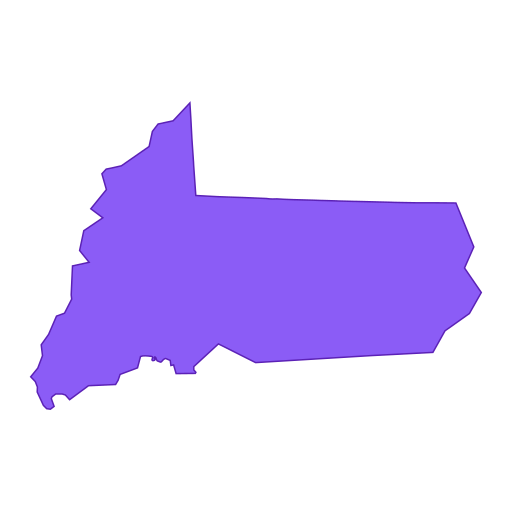 outline of Wicomico, Maryland, United States of America
{"feature_id": "52423323B57942162225750", "entity_name": "Wicomico", "entity_type": "district", "adm_level": 2, "iso_a3": "USA", "parent_name": "United States of America", "parent_adm1": "Maryland", "projection": "natural_earth1", "projection_center": [-75.697, 38.394], "detail": "fine", "context": "isolated", "style": "filled", "palette": "violet", "viewbox_px": 512, "rotation_deg": 0, "n_neighbors": 0, "source": "geoboundaries", "source_scale": "gbopen_adm2", "svg_char_len": 1520}
<svg xmlns="http://www.w3.org/2000/svg" viewBox="0 0 512 512"><path d="M255.6,362.6L371.0,355.6L432.9,352.4L445.0,330.8L469.4,313.5L481.3,292.5L464.5,268.0L473.8,246.9L455.9,203.0L445.1,202.9L433.8,202.8L417.2,202.8L416.3,202.8L404.4,202.6L394.1,202.4L391.4,202.3L355.3,201.4L354.0,201.4L338.6,201.0L336.5,200.9L322.9,200.5L321.9,200.5L313.7,200.2L295.0,199.7L294.4,199.7L284.0,199.3L277.0,198.9L272.7,199.0L270.0,198.9L266.3,198.5L242.4,197.5L229.5,197.1L218.5,196.7L216.4,196.6L195.8,195.5L193.7,165.8L193.5,162.0L191.9,138.5L190.9,119.5L190.9,119.4L189.9,102.9L173.1,120.8L158.1,124.0L152.4,131.4L149.1,146.5L121.4,165.8L111.7,168.0L106.2,169.1L101.9,173.8L106.4,189.6L90.8,208.8L102.8,217.8L83.8,230.7L79.6,250.5L89.1,262.3L72.5,265.9L71.2,294.9L71.7,299.1L64.5,313.2L56.5,316.1L48.6,334.4L41.2,344.8L42.5,355.7L37.8,368.1L30.7,376.8L35.3,381.6L37.4,387.0L37.2,392.0L43.4,405.4L46.7,408.7L50.4,409.2L54.1,406.4L51.3,398.6L52.0,396.8L55.7,394.0L62.2,394.0L65.4,395.0L69.6,399.7L88.5,385.7L115.6,384.5L118.1,380.3L120.1,374.4L137.5,367.9L140.5,356.5L142.8,355.9L145.4,355.8L148.3,356.0L151.0,356.3L152.1,356.6L152.5,356.9L152.7,357.7L152.0,359.4L152.1,360.2L152.9,360.7L154.5,360.3L154.9,359.8L154.8,358.9L154.3,357.8L154.7,357.0L155.3,357.1L156.0,358.0L156.5,359.7L157.3,360.9L160.4,362.1L161.3,361.9L163.5,359.5L164.8,358.7L165.7,358.5L170.2,360.4L170.9,365.5L173.6,364.9L176.1,373.6L195.3,373.4L195.9,372.3L193.8,369.9L193.8,366.6L218.4,343.9L255.6,362.6Z" fill="#8b5cf6" stroke="#5b21b6" stroke-width="1.5"/></svg>